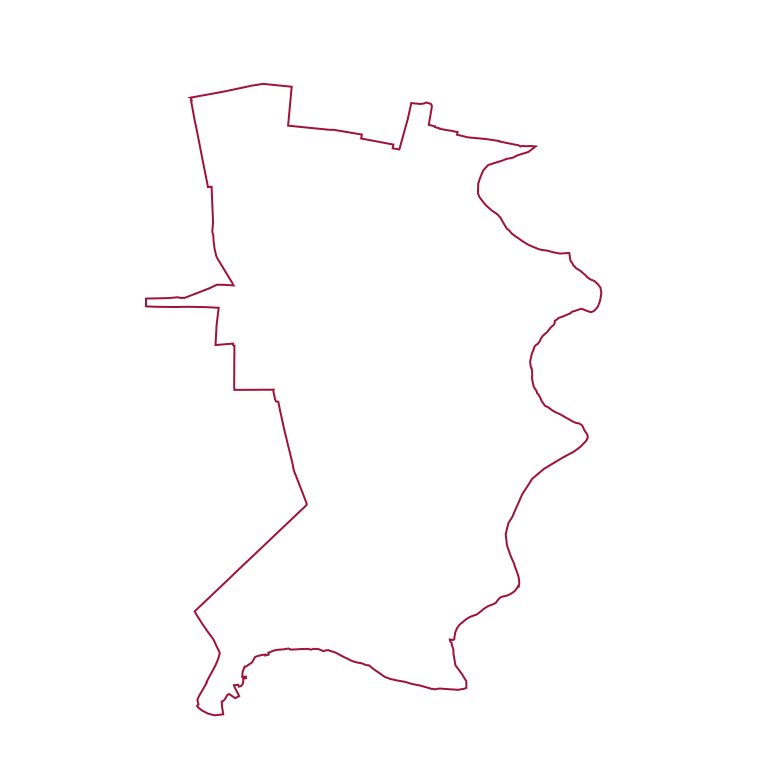 Cernica, Ilfov, Romania, rotated 83°
{"feature_id": "2599482B37635492647761", "entity_name": "Cernica", "entity_type": "district", "adm_level": 2, "iso_a3": "ROU", "parent_name": "Romania", "parent_adm1": "Ilfov", "projection": "albers", "projection_center": [26.245, 44.422], "detail": "fine", "context": "isolated", "style": "outline", "palette": "rose", "viewbox_px": 768, "rotation_deg": 83, "n_neighbors": 0, "source": "geoboundaries", "source_scale": "gbopen_adm2", "svg_char_len": 6141}
<svg xmlns="http://www.w3.org/2000/svg" viewBox="0 0 768 768"><g transform="rotate(83 384 384)"><path d="M692.3,583.8L689.2,583.9L684.4,584.1L679.4,583.8L679.4,583.2L678.4,581.4L676.9,579.8L674.9,578.5L673.8,577.5L672.8,575.5L677.7,570.0L676.1,565.8L666.4,569.3L664.7,569.7L664.7,565.4L666.7,564.9L666.4,562.7L665.2,561.4L664.3,560.7L662.9,560.1L659.3,559.6L659.2,556.8L657.5,556.9L657.5,560.4L652.7,559.5L647.5,556.8L647.8,556.2L647.1,554.4L644.2,548.8L639.2,545.2L638.5,542.1L638.1,538.2L638.1,535.0L639.0,534.9L638.5,531.4L636.7,531.6L635.3,526.3L634.8,523.3L634.9,521.2L635.1,515.3L634.9,511.1L635.7,509.6L636.0,509.5L636.3,509.1L637.2,495.7L637.6,494.8L637.4,494.3L637.7,491.3L638.3,490.4L638.7,488.8L638.3,486.0L639.1,481.5L641.0,477.9L641.8,477.0L641.3,473.8L641.4,471.7L643.1,468.4L643.7,466.6L645.3,463.9L648.6,459.3L652.2,453.8L654.1,451.0L655.6,448.4L657.3,444.2L658.5,440.1L660.9,435.9L661.3,433.4L666.5,428.3L669.2,425.1L674.9,418.8L676.0,416.6L677.5,413.7L679.7,407.6L682.2,399.4L685.1,392.9L687.8,384.7L690.9,377.3L692.5,373.7L692.5,372.6L693.3,370.7L693.0,367.0L693.4,363.8L694.0,361.5L694.3,359.3L694.9,356.6L696.0,350.4L696.6,348.0L696.2,341.3L695.6,339.3L694.8,339.2L689.1,338.5L681.4,342.0L679.1,343.3L675.5,345.3L671.8,347.4L669.1,347.5L666.7,347.6L663.3,347.8L660.7,347.9L655.7,347.5L651.3,348.5L649.3,348.4L648.2,349.2L647.1,349.8L645.6,349.8L645.8,348.8L646.4,347.3L646.4,346.1L646.0,345.4L645.3,345.2L643.5,344.8L639.1,343.5L635.4,341.3L632.3,338.6L627.3,330.8L625.6,326.9L625.0,324.3L624.5,322.2L624.2,320.2L622.7,317.7L621.0,314.8L619.6,312.8L617.3,308.2L616.7,305.9L615.7,301.8L614.8,299.7L612.3,297.3L610.2,294.9L609.5,292.8L609.3,290.8L609.3,289.2L609.1,288.2L608.5,286.1L607.8,284.2L607.3,282.8L606.4,281.1L605.2,279.3L602.9,276.9L601.1,275.7L601.5,275.0L598.6,274.1L597.1,274.0L594.8,273.8L591.4,274.0L588.4,274.6L584.8,275.4L582.1,276.1L578.0,276.8L573.8,278.1L569.5,279.4L559.1,281.6L548.1,281.5L544.2,280.2L536.9,277.3L532.0,273.2L528.7,271.2L525.1,269.1L519.5,265.7L512.8,261.7L510.2,260.2L501.1,252.5L496.2,248.5L492.5,242.9L492.1,242.2L491.4,241.2L491.0,240.6L488.6,236.9L488.5,236.7L487.6,235.4L487.1,234.2L484.3,227.9L483.5,226.1L481.6,221.9L480.3,218.9L478.9,215.7L477.2,211.4L474.3,203.9L470.4,196.9L465.4,190.7L462.6,188.5L459.6,188.2L457.9,188.9L456.2,189.8L454.9,190.5L453.6,191.0L452.1,191.4L450.7,191.9L449.4,192.4L448.3,193.3L446.7,195.6L446.2,197.9L443.7,202.0L441.7,204.5L439.7,207.4L436.1,212.0L433.1,216.9L430.8,220.1L429.1,221.8L426.9,224.2L426.0,225.7L425.3,226.7L424.7,227.3L423.6,227.7L421.8,228.6L420.9,229.4L416.8,230.5L414.0,231.6L412.5,232.5L411.9,233.1L409.5,233.5L408.6,234.0L405.1,235.6L404.3,235.9L402.8,235.8L401.8,236.1L400.1,236.2L399.0,236.2L397.3,236.4L395.7,236.5L394.1,235.9L391.3,235.6L389.4,235.5L386.3,235.5L385.7,236.2L384.0,236.2L381.3,236.3L380.1,236.3L378.0,235.7L374.2,234.4L371.6,233.4L369.3,232.0L365.6,230.3L364.4,229.1L363.4,227.8L363.1,226.7L360.6,224.1L359.3,223.5L357.6,222.4L355.7,220.6L353.7,217.9L352.6,216.0L347.9,211.3L347.1,210.0L346.3,208.6L344.6,207.3L342.1,206.8L341.5,205.5L340.8,204.0L339.6,202.7L339.4,200.9L339.0,199.5L338.6,197.2L338.0,195.5L337.3,193.1L336.6,190.5L335.2,188.6L334.7,185.4L334.0,182.4L333.4,178.8L336.3,173.4L338.0,169.8L337.1,166.8L335.6,164.7L333.1,162.2L328.3,159.7L324.9,158.5L319.9,157.2L314.7,157.4L311.3,159.4L307.4,162.6L305.9,165.4L304.7,167.1L303.0,169.1L300.7,170.6L297.7,173.5L295.6,175.3L293.4,178.1L292.0,179.7L290.6,180.3L289.5,181.6L286.9,182.4L285.0,183.6L282.9,184.0L281.5,184.0L280.1,184.0L276.5,184.2L276.0,193.4L274.0,199.7L271.7,205.1L270.1,211.1L269.1,213.8L267.2,217.3L263.8,223.2L260.2,227.9L253.9,235.0L250.3,238.8L246.8,241.1L244.5,243.3L237.2,246.5L233.0,248.2L229.3,250.9L224.8,256.0L218.9,261.2L213.9,264.3L209.8,266.6L206.1,267.5L204.1,267.2L199.4,266.4L197.1,266.2L191.9,263.9L188.3,261.9L183.9,259.3L179.3,253.8L176.5,238.5L175.6,235.5L175.1,228.6L173.2,223.4L171.3,212.5L166.7,204.6L166.2,206.8L165.7,209.2L165.3,214.4L164.5,217.6L164.9,219.4L163.2,221.9L162.6,224.1L157.3,240.1L156.9,240.0L153.2,253.3L152.6,256.0L149.6,269.8L149.4,270.7L145.8,280.3L145.5,281.1L142.9,280.3L142.4,281.8L142.1,282.9L141.3,285.0L141.1,285.5L140.5,287.7L139.7,290.5L139.5,291.1L139.0,293.0L138.8,293.5L138.5,294.0L138.3,295.1L137.9,296.5L137.4,297.7L137.1,297.6L136.3,299.5L135.4,301.7L135.2,302.2L134.5,302.0L132.7,306.8L132.2,308.0L124.4,305.6L120.0,304.3L115.3,302.9L113.4,302.6L111.7,303.4L109.7,307.9L110.4,309.9L110.5,311.1L110.5,313.6L110.4,314.3L108.5,322.7L123.1,327.8L123.9,328.1L135.9,333.1L153.1,340.2L151.1,346.7L147.5,345.5L137.7,376.3L137.5,376.8L137.4,376.7L137.2,376.6L135.9,376.2L133.7,375.6L125.5,403.2L125.0,407.4L120.6,426.9L115.9,447.7L105.3,445.4L77.7,439.4L71.4,467.3L71.7,478.0L74.2,507.0L76.2,541.3L76.7,540.6L79.2,540.4L79.1,541.0L79.3,541.0L87.1,540.5L92.4,540.2L97.7,539.9L100.9,539.7L105.6,539.2L114.9,538.5L137.7,536.9L152.4,535.8L167.1,534.7L167.2,531.1L203.0,534.0L211.9,535.9L215.6,535.3L221.1,535.7L228.9,535.7L236.4,534.9L239.2,534.0L248.9,529.6L261.6,523.9L262.8,523.4L264.0,522.8L265.6,522.1L267.0,521.9L267.8,521.4L266.1,530.3L265.1,537.8L267.5,544.9L274.2,571.2L273.7,575.9L272.8,577.8L272.4,588.3L270.2,609.8L277.9,610.8L279.4,602.0L282.0,583.1L283.5,568.9L286.0,551.4L288.2,538.8L305.2,543.0L324.8,546.5L325.5,528.8L326.6,529.1L327.6,528.6L327.7,527.8L329.2,528.0L332.3,528.4L334.4,528.6L335.9,528.9L337.0,529.0L343.1,529.8L368.0,533.0L371.6,533.2L376.2,494.2L377.8,494.7L379.5,494.6L382.0,494.3L383.7,494.2L385.4,494.1L388.1,493.3L388.8,491.1L391.2,490.9L397.6,490.4L415.7,488.7L432.4,486.8L439.6,485.9L447.6,485.0L451.9,484.5L458.5,484.1L480.1,478.6L483.1,477.8L493.5,475.3L494.6,475.5L517.0,505.8L521.1,511.3L530.9,524.5L553.5,555.1L556.8,559.4L586.6,599.6L590.0,598.3L599.7,593.7L607.7,589.5L616.6,584.5L625.2,581.7L629.0,580.3L631.1,579.8L635.2,581.4L639.2,583.5L643.0,585.7L650.8,591.3L654.7,594.1L657.9,596.3L658.8,596.7L659.0,596.4L666.4,602.0L670.4,605.0L672.9,606.8L675.1,607.7L679.5,607.2L680.5,608.6L680.8,608.8L682.1,608.0L685.3,605.1L686.7,603.3L689.6,599.0L691.3,594.9L692.2,592.4L692.3,583.8Z" fill="none" stroke="#9f1239" stroke-width="2"/></g></svg>